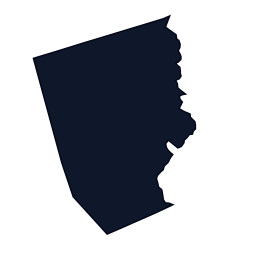 the district of Trizidela do Vale, Maranhão, Brazil, rotated 344°
{"feature_id": "56859067B97316284417201", "entity_name": "Trizidela do Vale", "entity_type": "district", "adm_level": 2, "iso_a3": "BRA", "parent_name": "Brazil", "parent_adm1": "Maranhão", "projection": "orthographic", "projection_center": [-44.635, -4.551], "detail": "fine", "context": "isolated", "style": "filled", "palette": "ink", "viewbox_px": 256, "rotation_deg": 344, "n_neighbors": 0, "source": "geoboundaries", "source_scale": "gbopen_adm2", "svg_char_len": 1105}
<svg xmlns="http://www.w3.org/2000/svg" viewBox="0 0 256 256"><g transform="rotate(344 128 128)"><path d="M78.7,224.2L84.2,223.5L87.4,223.1L131.5,217.1L150.0,214.1L146.7,211.6L143.3,210.3L142.2,206.8L142.9,201.6L143.4,196.6L141.1,193.2L141.4,189.1L141.3,184.9L142.9,181.9L147.1,179.3L150.3,177.8L152.3,174.6L157.1,172.0L160.4,168.4L163.7,165.8L162.0,163.5L160.3,160.2L159.5,157.2L159.9,153.4L163.4,150.8L170.5,160.9L174.2,160.4L177.5,157.8L178.8,155.1L182.1,153.4L185.3,151.1L188.3,151.6L189.8,149.0L192.6,147.4L193.7,143.4L194.0,140.4L192.3,137.3L190.9,134.7L191.5,131.7L185.8,127.1L182.5,123.3L184.8,120.9L187.4,118.0L186.0,115.1L185.9,111.7L188.9,110.9L192.6,111.2L189.2,106.7L186.9,103.2L187.6,98.9L186.9,95.3L191.0,94.7L193.3,92.7L193.3,89.9L194.2,87.1L194.5,83.8L192.8,81.4L191.8,78.4L194.6,78.4L197.8,76.5L198.6,73.8L198.3,70.7L197.5,67.6L199.9,65.1L201.2,61.9L201.0,58.1L199.3,55.6L199.9,51.7L196.9,47.9L194.0,44.2L191.8,41.3L198.9,31.8L192.4,32.7L130.3,33.7L108.2,34.0L76.7,34.7L67.5,34.8L56.3,35.0L54.8,143.6L56.4,179.0L78.7,224.2Z" fill="#0f172a" stroke="#020617" stroke-width="1.5"/></g></svg>